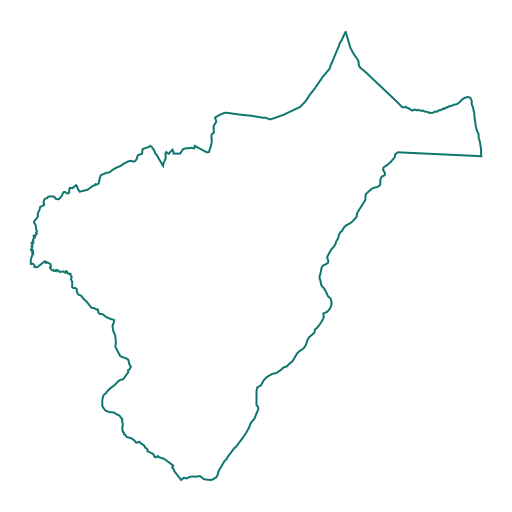 Susa, Cundinamarca, Colombia (Albers equal-area conic projection)
{"feature_id": "7082276B26676280145187", "entity_name": "Susa", "entity_type": "district", "adm_level": 2, "iso_a3": "COL", "parent_name": "Colombia", "parent_adm1": "Cundinamarca", "projection": "albers", "projection_center": [-73.846, 5.439], "detail": "fine", "context": "isolated", "style": "outline", "palette": "teal", "viewbox_px": 512, "rotation_deg": 0, "n_neighbors": 0, "source": "geoboundaries", "source_scale": "gbopen_adm2", "svg_char_len": 5953}
<svg xmlns="http://www.w3.org/2000/svg" viewBox="0 0 512 512"><path d="M345.7,32.0L345.2,32.3L341.6,40.4L339.9,42.8L339.3,44.9L331.5,63.6L331.1,63.8L329.7,68.6L322.8,76.7L314.4,89.0L309.9,94.6L305.9,101.0L300.0,107.0L285.3,113.9L284.7,114.4L270.5,119.4L264.8,117.6L263.1,117.8L251.6,115.8L239.7,114.6L226.1,112.7L223.8,113.1L220.7,114.4L215.3,117.4L215.1,118.0L216.3,121.1L216.1,122.0L214.0,125.4L213.6,126.6L213.9,132.6L211.8,134.2L211.4,136.0L211.8,141.9L210.6,147.1L208.9,152.0L206.9,152.3L205.8,151.8L194.8,145.9L194.7,147.6L194.0,148.4L191.0,147.7L190.1,148.1L186.0,148.3L183.4,149.0L182.7,149.6L180.2,153.6L173.6,153.6L173.5,152.1L172.5,149.7L170.1,152.1L168.9,153.8L167.6,153.2L166.3,152.0L165.6,152.9L165.3,154.0L165.6,155.1L165.7,158.3L163.5,163.4L163.1,165.9L156.4,154.6L155.2,153.3L154.6,151.4L152.8,148.3L151.6,146.8L150.5,145.9L147.9,147.3L143.7,148.6L142.4,149.6L142.3,152.0L141.7,154.0L138.5,154.8L137.7,155.6L136.9,158.5L135.3,161.0L133.8,161.6L130.7,160.9L128.4,161.3L123.9,163.6L120.9,165.8L116.2,167.7L112.6,169.9L109.6,172.2L105.5,173.2L101.2,175.0L100.6,175.7L100.0,177.3L98.6,183.4L97.0,184.5L96.0,184.6L95.5,184.2L94.9,185.2L92.9,185.8L87.7,189.7L79.7,191.7L78.1,189.6L76.9,185.9L75.9,185.2L74.1,187.0L73.0,187.5L72.4,188.2L70.4,187.8L69.8,188.0L69.3,189.4L69.2,192.5L68.5,193.3L66.8,193.3L64.9,191.9L64.0,192.0L63.2,192.5L61.7,196.0L58.8,199.3L56.0,198.9L55.4,198.5L54.6,197.1L53.3,196.5L49.8,196.4L48.1,196.7L47.4,198.0L45.2,198.7L44.2,199.8L43.5,201.8L44.2,204.9L40.2,206.9L39.5,209.9L37.8,213.3L37.9,215.6L37.6,217.1L34.1,221.6L34.0,222.5L35.3,224.6L35.9,226.2L36.0,228.4L36.9,231.0L36.1,232.9L36.8,233.6L35.9,235.1L35.0,235.5L34.3,235.4L34.1,236.0L33.5,236.2L33.8,236.8L34.8,236.8L35.0,237.2L33.1,239.5L33.0,240.3L33.3,241.2L32.5,241.6L31.7,243.1L32.8,243.3L32.1,243.8L32.4,246.0L31.6,246.4L31.8,246.7L32.4,246.6L32.4,247.1L30.9,249.8L31.5,250.4L32.4,249.8L32.7,249.9L32.9,251.4L32.4,250.8L32.1,251.5L32.7,252.2L32.2,252.8L32.3,253.3L33.0,254.4L32.3,255.1L30.7,259.9L30.9,264.0L32.4,263.7L33.7,264.3L34.6,265.8L34.3,266.8L36.2,267.3L37.7,266.9L44.8,261.3L45.9,262.0L45.9,262.8L46.7,262.8L47.4,262.4L50.4,264.1L51.0,266.0L50.5,266.7L50.6,267.1L50.1,267.4L50.4,267.8L50.2,268.2L51.4,269.7L52.8,270.5L53.3,270.1L53.7,270.7L56.1,271.2L55.9,270.2L57.5,270.0L59.7,271.9L63.7,271.5L65.3,272.8L65.9,272.5L66.1,271.3L66.5,271.1L67.6,272.5L68.0,273.6L70.4,273.8L70.2,274.4L71.7,276.8L71.0,279.3L72.2,281.7L72.2,287.2L73.6,288.1L75.1,288.0L76.3,288.5L76.8,289.3L76.8,291.9L78.4,294.5L81.4,295.9L83.3,298.6L86.6,301.6L91.1,307.4L92.1,307.9L94.1,308.1L96.2,309.4L97.9,309.5L98.4,312.3L99.6,313.9L101.8,314.0L102.7,314.3L106.2,317.1L110.7,319.0L113.7,319.8L114.2,320.3L113.9,322.1L112.6,325.5L112.6,326.7L113.1,330.5L115.2,335.4L115.9,341.7L115.4,346.9L120.2,356.0L120.9,356.5L126.5,358.5L128.1,359.7L128.7,361.2L129.2,364.0L130.9,366.8L129.6,369.3L128.1,370.1L128.2,372.4L125.5,375.9L124.3,377.9L122.8,379.4L120.1,380.0L117.9,381.6L114.7,385.0L110.5,388.1L106.9,391.7L106.3,392.9L104.4,394.3L103.6,395.3L102.9,396.7L102.2,401.3L102.4,404.0L102.1,405.5L102.7,406.8L105.0,410.2L109.1,412.1L114.0,412.5L115.9,413.9L119.4,415.5L121.3,418.2L122.1,418.7L122.4,419.3L122.0,420.9L122.7,423.1L122.9,424.7L122.2,428.5L122.8,431.8L123.8,432.5L124.0,434.2L125.4,434.9L126.7,437.0L131.3,438.2L134.3,440.4L136.1,442.6L136.8,442.8L139.4,441.7L140.8,443.6L142.3,444.0L143.4,445.2L144.2,445.5L145.0,447.4L147.3,449.1L147.6,449.7L147.3,450.5L147.5,451.2L149.6,452.1L153.4,454.3L154.8,457.2L155.6,457.3L157.4,456.2L158.0,456.2L158.1,456.9L164.2,458.9L173.1,465.5L173.2,466.2L172.2,467.4L173.5,469.0L174.3,471.2L181.2,480.0L183.6,477.9L184.6,477.8L185.5,478.3L186.8,478.4L189.5,477.0L192.0,476.5L196.7,476.7L198.8,476.1L200.5,476.3L203.3,478.8L204.8,479.4L210.7,480.0L213.0,479.4L216.9,476.7L219.0,470.4L224.4,461.2L226.4,459.2L228.1,456.3L234.1,448.4L237.1,445.7L238.1,444.0L242.2,438.6L246.0,433.1L249.2,427.3L250.5,423.5L254.7,418.2L255.7,415.3L258.3,409.3L258.1,407.0L256.5,405.1L256.5,390.9L257.3,387.4L261.0,385.3L263.8,380.2L266.6,377.2L272.2,373.9L276.3,373.0L279.8,370.8L283.8,367.3L286.6,366.6L288.9,364.2L292.5,361.2L297.3,353.2L299.3,351.3L303.0,348.8L304.3,347.4L306.0,344.6L307.4,340.2L309.2,337.1L314.1,332.9L314.6,332.1L314.7,330.1L315.2,329.3L317.4,327.5L320.0,324.1L322.6,319.9L323.6,317.7L323.8,316.3L323.2,314.0L323.4,313.5L327.1,311.9L329.9,308.7L331.2,306.0L331.6,302.3L330.6,298.6L327.9,296.1L325.7,291.1L323.4,287.6L321.5,285.6L321.0,284.0L320.5,280.8L319.7,278.8L319.5,276.9L320.7,272.6L321.5,267.9L322.5,266.2L323.4,265.3L326.2,264.1L328.2,262.6L328.2,260.5L327.1,257.5L327.5,256.3L331.3,249.3L333.5,247.1L335.3,244.4L336.3,241.2L338.1,238.4L338.9,235.1L340.2,232.4L341.7,231.3L344.2,227.1L346.7,225.0L350.0,223.4L352.8,221.1L356.7,216.6L356.9,214.0L357.6,212.2L365.3,200.1L365.6,194.7L366.0,193.9L371.8,188.8L374.0,187.8L377.2,187.0L379.5,185.7L380.2,184.6L380.4,179.3L381.2,177.7L381.8,176.6L383.8,175.7L384.7,175.1L385.0,174.5L384.7,172.5L383.0,170.0L383.5,167.7L384.4,166.7L387.0,165.2L390.7,162.0L394.8,157.2L395.0,154.7L397.8,152.3L481.3,156.2L481.0,152.4L481.2,149.7L480.8,148.9L481.0,148.2L480.4,145.4L480.0,141.8L479.5,140.9L478.5,136.5L478.6,134.1L477.2,131.5L475.8,126.5L474.3,115.3L474.2,112.1L473.5,110.4L473.2,108.0L471.6,103.7L471.8,101.1L470.6,98.3L470.0,97.7L467.7,96.9L466.3,97.5L464.8,97.8L461.8,99.7L459.6,102.2L457.2,103.9L455.8,104.5L454.6,104.5L451.4,105.9L448.9,106.3L447.5,107.4L446.9,107.1L445.3,108.3L444.4,108.4L444.3,108.9L443.9,109.1L443.0,108.7L440.6,110.2L438.9,110.2L437.4,111.7L435.6,111.4L432.6,112.9L430.7,112.8L429.6,113.1L428.2,112.2L423.5,111.2L422.8,110.5L421.7,110.8L419.5,110.4L418.4,109.8L417.1,110.4L414.6,109.5L414.1,110.0L412.8,110.1L412.3,110.6L411.8,110.5L409.5,108.8L408.8,108.7L408.6,108.2L407.1,107.9L405.8,106.7L404.7,107.3L402.2,107.2L397.8,102.6L365.8,72.3L360.5,67.9L358.9,65.7L358.4,60.7L353.0,52.8L350.4,47.7L345.7,32.0Z" fill="none" stroke="#0f766e" stroke-width="2"/></svg>